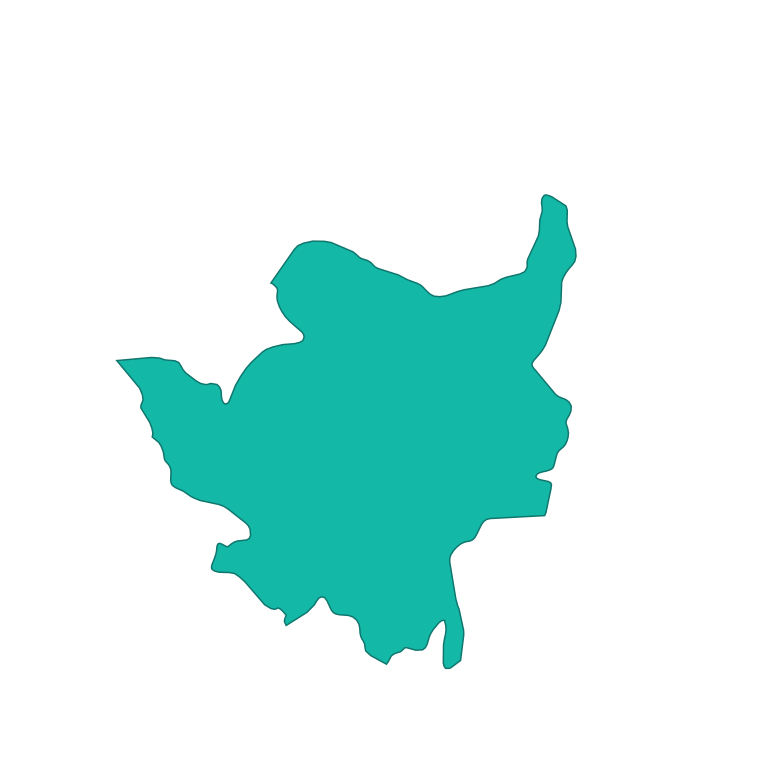 SVG path tracing the border of M'Sila, rotated 217°
{"feature_id": "DZA-2214", "entity_name": "M'Sila", "entity_type": "Province", "adm_level": 1, "iso_a3": "DZA", "parent_name": "Algeria", "parent_adm1": "", "projection": "orthographic", "projection_center": [4.266, 35.131], "detail": "fine", "context": "isolated", "style": "filled", "palette": "teal", "viewbox_px": 768, "rotation_deg": 217, "n_neighbors": 0, "source": "natural_earth", "source_scale": "10m", "svg_char_len": 3891}
<svg xmlns="http://www.w3.org/2000/svg" viewBox="0 0 768 768"><g transform="rotate(217 384 384)"><path d="M537.2,202.2L538.5,204.8L539.8,206.4L542.9,209.1L547.9,212.3L563.8,218.6L565.2,220.6L566.9,226.4L570.4,229.9L576.5,233.6L611.5,241.9L585.5,265.4L578.9,269.6L573.3,271.5L565.0,276.7L560.9,277.6L557.1,276.3L553.5,274.6L549.4,273.5L535.8,273.4L530.6,274.1L526.9,275.8L525.0,277.0L523.1,279.6L522.3,280.4L517.0,283.1L513.6,282.6L510.9,281.2L509.9,280.4L505.6,275.4L503.7,273.8L501.7,272.7L499.6,272.2L498.0,273.0L497.2,274.8L497.3,277.1L501.8,293.7L503.1,303.8L503.5,313.8L503.0,321.1L500.4,336.2L498.8,340.8L495.1,346.6L488.4,354.7L479.8,362.3L476.3,366.6L475.0,369.7L475.5,371.9L476.2,373.6L477.8,375.0L480.0,376.0L497.1,377.3L503.2,378.4L508.9,380.3L513.9,382.7L518.9,386.0L520.7,387.8L522.4,389.8L525.1,394.4L526.2,395.5L527.2,396.1L529.4,396.7L532.9,397.0L535.1,396.6L536.6,437.5L536.0,442.7L533.1,447.9L526.9,455.2L517.4,462.1L511.3,465.2L488.2,470.9L484.4,470.8L480.6,470.3L477.8,470.5L471.5,472.7L467.8,473.1L461.6,472.1L458.1,472.7L438.3,479.7L427.9,481.4L418.4,484.3L414.8,485.0L411.9,484.9L405.1,483.8L401.0,483.5L396.8,484.3L392.1,487.2L387.6,491.6L380.8,502.2L376.7,507.5L359.7,525.4L356.3,530.9L353.6,538.1L350.4,543.1L341.8,553.4L339.2,558.4L339.7,562.7L341.1,565.1L343.0,567.2L344.4,570.3L349.8,595.2L352.5,600.4L358.2,608.6L361.7,617.3L364.4,620.6L367.6,623.9L369.3,627.0L369.7,630.2L368.8,632.3L365.3,633.8L362.5,634.5L345.9,635.7L342.2,633.1L335.7,624.0L332.1,620.3L312.3,607.0L307.5,601.5L305.4,596.6L305.3,592.2L305.7,587.1L305.6,582.0L304.9,576.9L303.5,572.4L291.9,555.8L288.4,548.0L278.5,512.2L277.9,506.7L277.9,501.8L278.5,493.2L278.3,490.0L277.1,488.1L275.2,487.0L240.5,478.9L236.7,479.0L229.2,481.0L225.1,480.9L221.1,479.0L218.3,474.6L217.3,470.5L216.9,466.9L216.3,464.1L214.9,462.1L210.5,459.0L207.2,455.9L204.8,451.9L203.5,448.3L202.8,444.9L202.9,441.9L204.1,436.3L204.0,433.2L203.0,430.2L200.0,423.2L198.9,420.1L198.8,419.6L198.7,418.6L198.9,417.1L200.1,414.8L202.1,412.0L204.4,409.4L206.4,406.7L207.5,404.2L207.2,401.6L205.5,400.7L202.6,401.1L194.1,405.0L191.6,405.4L189.9,404.7L187.6,400.8L177.2,378.5L176.5,375.6L218.3,340.4L220.6,337.6L221.6,334.4L221.6,330.4L219.5,319.7L219.0,315.4L219.6,312.6L221.0,310.1L223.1,308.0L224.9,305.6L226.6,302.3L227.7,297.8L228.2,293.2L227.9,288.0L226.6,284.4L224.4,281.4L197.2,255.5L191.8,251.3L188.4,249.2L172.2,235.2L169.3,231.6L156.5,209.3L159.9,197.4L161.5,195.6L163.8,194.0L166.0,194.7L168.6,196.7L179.4,211.4L182.2,216.6L184.4,221.4L186.5,225.0L189.1,228.1L193.5,231.7L195.4,229.9L196.5,226.3L196.9,217.1L196.5,212.8L195.5,208.9L192.9,202.1L192.3,198.1L193.3,194.8L198.5,190.5L207.4,187.0L208.7,185.6L209.5,180.5L212.6,176.1L213.9,173.6L214.5,171.0L213.5,165.1L213.4,161.7L231.1,159.1L237.7,159.8L238.7,160.4L243.2,164.8L245.8,166.2L248.7,167.3L251.2,168.9L253.5,171.0L256.0,174.0L259.3,177.0L263.7,179.0L268.7,179.2L273.1,177.8L280.7,172.9L284.2,171.3L287.2,171.0L290.3,171.9L298.9,176.5L302.7,177.7L305.6,176.6L307.1,174.1L307.2,169.8L306.7,165.9L308.1,155.3L316.8,132.3L320.4,134.2L321.4,135.7L322.2,137.6L322.8,140.1L323.1,140.5L328.6,141.7L331.6,141.9L333.3,141.6L334.2,140.9L334.4,140.5L334.8,139.4L336.3,137.9L339.4,136.6L346.4,135.9L376.0,142.3L383.6,143.0L389.3,142.7L394.0,140.4L402.5,134.4L407.0,132.6L409.7,132.5L411.1,133.3L412.2,135.1L412.9,137.0L414.2,141.8L415.9,147.0L417.0,149.4L419.2,153.0L420.1,154.9L420.3,156.6L419.4,157.8L417.0,158.6L412.4,159.2L411.3,159.8L410.6,160.7L409.5,165.1L408.3,167.9L406.4,170.6L399.6,177.0L398.7,179.8L399.4,182.8L403.6,187.4L407.0,189.2L410.7,189.8L433.8,190.3L438.6,189.8L443.4,188.4L460.8,180.3L467.5,178.5L470.7,178.0L479.8,177.6L487.9,175.8L491.7,175.6L494.1,176.6L496.3,178.6L501.4,185.9L503.3,187.8L506.1,189.5L508.8,190.3L512.3,190.9L514.4,192.1L519.4,197.0L524.7,200.3L528.6,201.8L537.2,202.2Z" fill="#14b8a6" stroke="#0f766e" stroke-width="1.5"/></g></svg>